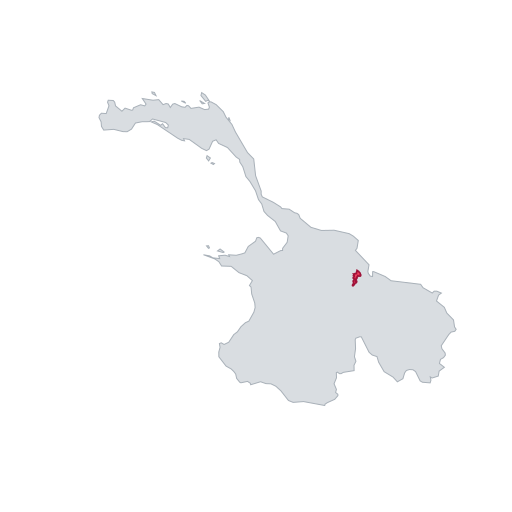 location of Pang Sila Thong, Kamphaeng Phet, Thailand, rotated 134°
{"feature_id": "78962969B12930513121480", "entity_name": "Pang Sila Thong", "entity_type": "district", "adm_level": 2, "iso_a3": "THA", "parent_name": "Thailand", "parent_adm1": "Kamphaeng Phet", "projection": "natural_earth1", "projection_center": [99.409, 16.024], "detail": "fine", "context": "in_parent", "style": "filled", "palette": "rose", "viewbox_px": 512, "rotation_deg": 134, "n_neighbors": 0, "source": "geoboundaries", "source_scale": "gbopen_adm2", "svg_char_len": 6526}
<svg xmlns="http://www.w3.org/2000/svg" viewBox="0 0 512 512"><g transform="rotate(134 256 256)"><path d="M221.5,44.6L221.9,46.7L223.8,43.9L226.3,42.6L231.2,48.6L231.8,51.2L228.3,60.9L228.8,64.1L231.1,66.8L233.9,68.3L236.8,67.9L242.2,65.1L248.3,66.9L247.9,73.3L250.2,83.5L247.2,94.0L244.3,99.1L246.5,103.6L246.7,107.8L241.0,124.1L242.1,125.3L245.8,127.1L247.3,126.5L253.4,120.1L260.1,115.2L262.3,111.0L266.5,109.6L270.3,105.8L279.1,112.4L281.4,113.0L282.6,114.1L283.0,116.8L284.1,117.2L287.7,113.5L293.7,111.1L296.1,105.5L298.9,103.9L298.6,101.1L299.5,100.1L304.4,99.8L311.9,102.8L314.6,103.4L315.8,102.7L327.7,120.7L335.5,127.6L337.4,132.3L335.7,144.4L335.9,151.3L337.6,156.5L340.9,160.2L343.3,165.4L352.3,170.4L351.5,171.7L352.1,175.0L357.7,178.8L358.1,180.0L357.5,184.9L355.0,188.6L354.5,191.7L354.5,195.4L356.0,201.1L354.3,212.7L351.0,216.0L346.7,218.4L344.4,221.5L342.6,220.7L341.8,217.5L337.0,215.7L327.9,217.4L323.4,216.7L317.3,217.7L311.4,217.3L307.8,215.9L297.9,218.5L293.7,220.8L290.7,224.2L286.3,232.7L281.8,238.0L281.8,240.2L276.2,241.5L276.5,248.8L279.8,256.7L280.7,266.7L287.1,273.8L285.9,278.7L286.7,283.5L291.6,294.7L288.1,289.4L287.3,285.8L283.1,280.3L281.8,283.0L276.9,278.8L274.8,274.7L274.1,276.5L269.2,270.7L264.2,267.6L261.5,266.2L254.5,268.2L245.7,266.6L242.3,268.1L240.9,267.2L240.1,265.4L242.5,244.6L234.9,242.0L233.6,240.7L231.9,242.2L224.5,243.1L219.1,246.9L218.4,250.1L220.9,255.8L217.8,266.1L218.8,275.9L218.4,281.2L214.6,288.0L213.7,293.4L209.4,301.7L206.6,312.2L205.9,318.4L200.9,327.6L199.7,332.9L197.9,334.9L198.6,339.1L197.8,351.8L201.0,361.1L200.1,365.4L203.6,366.9L211.8,364.0L214.6,364.8L216.3,369.9L218.5,385.0L221.9,389.7L222.8,387.4L224.4,389.8L225.7,394.3L230.0,418.3L232.3,424.5L229.7,422.9L228.2,415.4L225.8,415.1L226.6,410.3L225.1,408.6L222.7,410.0L222.7,413.7L229.3,425.6L233.4,426.0L238.5,431.2L244.1,435.1L251.2,433.7L256.1,435.0L259.0,438.2L263.7,446.3L271.2,453.0L270.1,457.2L267.1,460.6L265.5,465.1L263.5,466.4L260.7,466.4L257.6,462.7L250.1,466.1L248.5,469.6L246.6,470.5L243.3,466.7L243.5,464.5L245.6,461.3L245.0,453.0L240.6,452.9L237.6,446.7L236.6,446.1L234.5,447.1L227.4,444.1L225.3,440.3L223.1,440.6L221.7,447.2L215.5,438.3L211.1,434.6L211.7,428.0L208.8,426.6L207.6,424.7L208.7,420.8L204.6,421.4L202.7,420.3L200.3,413.1L198.3,410.3L195.7,410.3L194.8,408.9L195.0,405.3L188.5,400.4L186.4,394.7L183.3,392.1L181.3,392.9L179.3,396.9L177.8,396.7L176.4,395.5L174.8,389.8L174.9,379.8L177.0,374.0L178.1,364.7L181.1,356.9L187.5,334.0L187.8,325.0L198.5,312.1L205.7,297.4L208.0,295.2L209.1,292.5L205.3,280.6L203.6,272.4L203.9,270.3L199.3,264.7L198.1,258.3L196.9,256.3L196.5,254.1L198.2,250.4L197.2,236.4L192.2,226.7L183.2,217.7L175.2,204.5L174.1,199.8L173.8,193.2L180.3,188.7L182.9,188.4L183.8,168.6L189.4,164.8L190.5,163.2L191.1,159.8L189.8,157.9L186.2,161.2L185.5,160.5L181.0,148.8L180.0,141.7L162.0,117.9L162.8,113.8L160.2,103.5L157.5,103.4L155.7,101.5L153.9,96.9L157.3,97.5L163.0,94.9L162.1,84.9L164.5,79.1L164.8,69.5L169.1,63.9L169.7,61.1L172.1,60.7L175.2,62.8L178.5,62.8L191.9,60.4L193.6,57.8L194.4,52.6L195.8,50.9L198.8,50.5L202.2,51.5L205.9,49.4L205.2,43.2L211.6,44.3L215.8,41.5L221.5,44.6ZM179.7,399.6L178.8,407.1L176.2,408.6L175.4,404.2L176.9,397.3L177.6,398.9L179.7,399.6ZM220.5,356.1L220.0,359.8L217.8,360.9L217.2,356.9L220.5,356.1ZM276.3,282.0L279.1,287.2L275.9,286.7L275.3,281.7L276.3,282.0ZM210.3,444.9L208.9,442.7L210.1,439.3L211.3,443.5L210.3,444.9ZM183.9,400.4L183.3,404.5L182.0,399.0L183.9,400.4ZM220.5,352.9L219.3,352.5L218.3,350.1L219.8,350.2L220.5,352.9ZM194.9,412.6L196.4,417.4L194.7,415.2L194.9,412.6ZM283.5,295.5L283.1,298.6L281.6,297.3L282.5,295.1L283.5,295.5ZM176.6,370.8L175.1,371.9L176.4,369.1L176.6,370.8Z" fill="#d9dde1" stroke="#a8b0b8" stroke-width="1"/><path d="M210.0,166.3L210.0,166.2L210.3,166.0L210.3,165.8L210.2,165.6L209.9,165.5L209.9,165.4L209.6,165.4L209.0,165.5L208.9,165.4L208.5,165.3L208.3,165.4L208.2,165.4L208.2,165.5L207.9,165.6L207.7,165.6L207.4,165.7L207.2,165.6L206.9,165.7L206.7,165.7L206.4,165.7L206.2,165.6L206.0,165.4L205.9,165.4L205.7,165.3L205.3,165.3L205.2,165.4L205.1,165.7L204.9,165.6L204.7,165.8L204.6,165.7L204.5,165.8L204.3,165.8L204.2,165.9L204.2,166.2L204.3,166.3L204.6,166.5L205.1,166.5L205.1,166.8L205.2,167.0L204.9,167.1L204.7,167.2L204.6,167.3L204.5,167.5L204.4,167.5L204.2,167.6L204.0,167.8L203.9,167.8L204.0,167.9L203.9,167.9L203.8,168.0L203.7,167.9L203.7,168.0L203.6,167.9L203.4,168.1L203.1,168.2L203.0,168.3L202.9,168.3L202.7,168.3L202.6,168.5L202.6,168.4L202.4,168.2L202.3,168.3L202.2,168.3L202.1,168.2L201.8,168.0L201.7,168.2L201.6,168.3L201.6,168.5L201.4,168.4L201.4,168.5L201.2,168.7L200.9,168.8L200.7,168.8L200.6,169.0L200.4,169.0L200.2,169.0L199.9,169.1L199.9,168.9L199.7,168.9L199.5,168.7L199.3,168.3L199.2,168.4L199.2,168.2L198.9,167.9L198.8,167.7L198.6,167.6L198.4,167.4L198.1,167.0L197.9,166.9L197.8,167.0L197.7,167.1L197.5,167.3L197.4,167.3L197.2,167.3L197.2,167.5L196.9,167.3L196.7,167.5L196.7,167.8L196.8,167.9L196.7,168.2L196.7,168.3L196.5,168.5L196.3,168.7L196.1,168.8L196.0,169.1L195.9,169.3L195.9,169.9L195.9,170.0L196.0,170.1L196.0,170.3L196.0,170.5L196.0,170.9L195.9,170.9L195.8,171.1L195.7,171.2L195.7,171.4L195.7,171.5L195.8,171.5L196.0,171.6L196.1,171.9L196.2,172.0L196.3,172.1L196.2,172.3L196.0,172.5L196.0,173.0L196.0,173.3L196.1,173.5L196.3,173.3L196.5,173.2L197.0,172.6L197.2,172.8L197.3,172.8L197.5,172.7L197.7,172.4L197.9,172.3L197.9,172.2L198.2,172.1L198.1,171.9L198.2,172.0L198.3,172.0L198.5,172.1L198.6,171.9L198.7,171.7L198.8,171.8L198.9,171.7L199.0,171.6L199.2,171.8L199.3,171.9L199.3,171.7L199.4,171.9L199.6,172.0L199.8,172.2L199.9,172.3L200.1,172.5L200.4,172.8L200.5,172.8L200.5,172.6L200.6,172.9L200.8,173.0L201.0,173.2L201.0,172.9L201.2,172.7L201.3,172.7L201.4,172.9L201.5,172.8L201.5,172.7L201.6,172.4L201.7,172.5L201.8,172.5L201.7,172.2L201.8,172.2L202.0,172.4L201.9,172.5L202.0,172.6L202.5,172.3L202.5,172.2L202.4,172.0L202.2,171.8L202.2,171.6L202.2,171.2L202.6,170.9L202.8,171.0L203.0,171.0L203.0,170.9L203.3,170.9L203.6,170.8L203.9,171.2L204.1,171.1L204.3,170.9L204.5,170.7L204.5,170.4L204.4,170.3L204.4,170.2L204.2,170.0L204.1,169.8L204.1,169.6L204.3,169.6L204.5,169.5L204.5,169.3L204.6,169.2L205.2,168.9L206.0,168.8L206.2,168.7L206.3,168.8L206.4,168.7L206.6,168.5L206.7,168.4L206.8,168.4L206.8,168.2L207.0,167.9L207.1,167.7L207.4,167.5L207.5,167.4L207.5,167.1L207.8,167.1L207.8,166.9L208.1,166.5L208.3,166.6L208.5,166.7L208.8,166.6L209.1,166.6L209.3,166.6L209.5,166.6L209.8,166.5L209.9,166.4L210.0,166.3Z" fill="#f43f5e" stroke="#9f1239" stroke-width="1.5"/></g></svg>